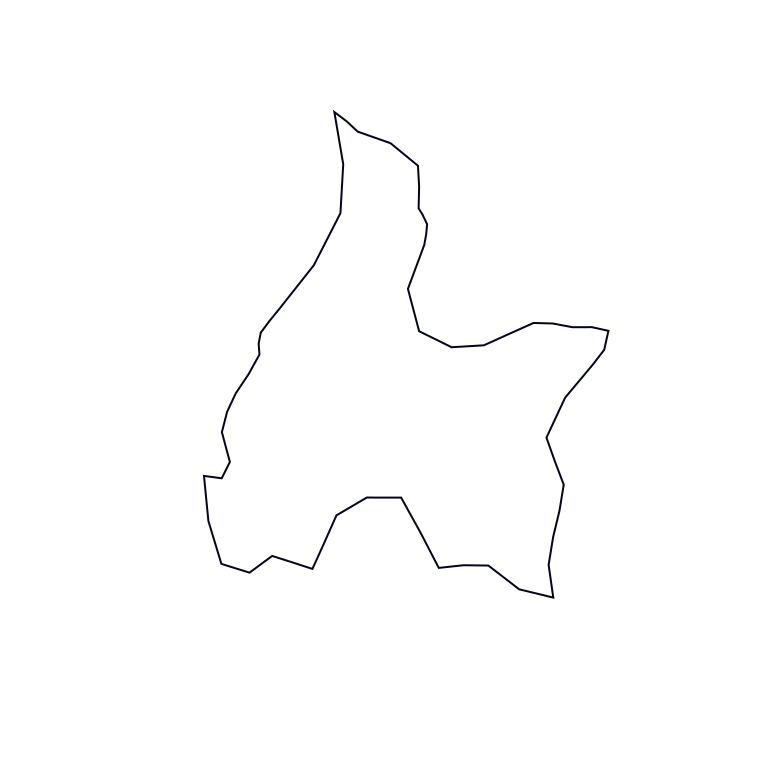 an SVG outline of Ağsu, rotated 334°
{"feature_id": "AZE-1693", "entity_name": "Ağsu", "entity_type": "District", "adm_level": 1, "iso_a3": "AZE", "parent_name": "Azerbaijan", "parent_adm1": "", "projection": "albers", "projection_center": [48.381, 40.536], "detail": "fine", "context": "isolated", "style": "outline", "palette": "ink", "viewbox_px": 768, "rotation_deg": 334, "n_neighbors": 0, "source": "natural_earth", "source_scale": "10m", "svg_char_len": 922}
<svg xmlns="http://www.w3.org/2000/svg" viewBox="0 0 768 768"><g transform="rotate(334 384 384)"><path d="M469.0,595.6L452.7,618.7L442.5,650.2L415.5,627.8L398.2,592.9L375.9,581.7L352.6,573.3L351.7,534.6L349.6,493.6L318.7,478.5L283.7,481.2L260.5,500.7L238.6,518.8L221.5,502.3L208.1,489.5L180.4,494.6L159.0,474.4L166.1,430.2L181.9,387.7L196.8,397.6L211.3,386.5L214.1,371.9L217.2,356.2L230.9,340.1L246.7,327.4L266.6,315.8L285.0,302.9L289.0,292.8L295.8,283.8L308.8,277.1L322.0,271.0L373.0,246.5L419.7,211.4L443.7,168.6L458.6,117.8L465.7,131.8L471.0,145.7L495.4,170.4L510.2,202.7L502.1,222.0L492.1,241.3L492.9,248.8L492.8,259.3L487.5,268.0L481.2,276.6L447.2,309.0L438.7,352.0L460.9,380.6L490.7,393.0L518.0,393.8L545.2,394.7L562.2,403.6L578.3,415.6L595.7,424.0L609.0,434.6L596.9,449.8L580.6,457.9L540.8,475.7L506.5,503.4L503.7,528.2L501.4,553.3L486.1,574.9L469.0,595.6Z" fill="none" stroke="#020617" stroke-width="2"/></g></svg>